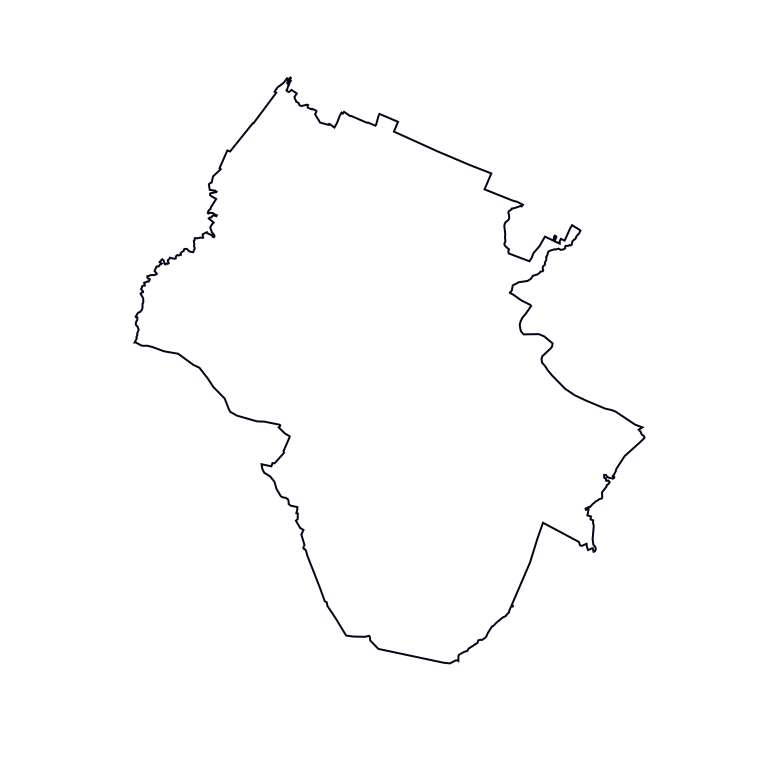 Targu Trotus, Bacau, Romania (Equal Earth projection), rotated 204°
{"feature_id": "2599482B41851709031441", "entity_name": "Targu Trotus", "entity_type": "district", "adm_level": 2, "iso_a3": "ROU", "parent_name": "Romania", "parent_adm1": "Bacau", "projection": "equal_earth", "projection_center": [26.691, 46.277], "detail": "fine", "context": "isolated", "style": "outline", "palette": "ink", "viewbox_px": 768, "rotation_deg": 204, "n_neighbors": 0, "source": "geoboundaries", "source_scale": "gbopen_adm2", "svg_char_len": 6166}
<svg xmlns="http://www.w3.org/2000/svg" viewBox="0 0 768 768"><g transform="rotate(204 384 384)"><path d="M596.1,623.8L596.9,623.9L597.1,623.4L597.8,619.6L598.6,617.4L601.7,612.1L602.1,610.9L602.8,606.5L600.9,606.2L609.3,569.0L609.9,568.9L619.2,533.8L622.1,533.6L622.0,514.2L620.5,513.8L624.6,504.2L623.4,498.0L624.6,496.7L625.2,495.2L622.2,490.5L617.0,491.9L615.1,491.6L615.2,491.1L620.1,487.7L620.2,486.8L619.8,486.0L618.9,485.5L612.6,484.8L613.9,475.4L614.0,474.4L613.6,473.4L614.4,472.0L614.8,470.3L614.5,468.5L613.8,468.3L612.6,469.6L610.1,470.6L607.2,470.0L605.3,470.1L605.4,469.1L608.1,468.8L608.8,468.2L609.3,467.3L609.5,466.0L611.0,465.1L611.4,463.9L605.2,462.2L606.0,460.2L606.5,456.4L602.9,452.6L599.8,451.1L599.1,450.3L598.9,449.5L599.2,448.9L600.1,448.8L601.8,449.9L606.0,449.9L607.1,450.0L607.6,450.6L610.4,447.2L610.4,446.4L608.7,444.3L608.9,443.7L611.3,443.1L613.8,441.1L615.9,440.6L616.1,440.0L615.5,438.6L615.9,437.3L614.0,434.2L613.6,432.7L612.1,431.0L611.9,426.8L615.6,425.9L619.1,427.2L621.2,426.2L621.4,425.7L621.1,424.0L622.0,423.0L623.0,420.8L622.9,420.2L622.1,419.4L623.9,417.9L625.3,417.7L625.9,416.4L625.9,415.5L625.3,414.1L625.6,413.7L626.9,413.0L631.0,412.3L630.9,411.1L631.7,409.6L631.7,408.7L629.8,406.8L630.5,405.8L631.7,405.6L632.1,404.4L633.0,404.4L635.8,407.3L637.4,407.7L638.6,404.1L636.0,403.6L637.2,402.0L637.7,399.7L639.5,398.9L639.6,393.9L636.9,392.7L636.3,391.9L638.1,390.1L641.8,388.4L643.2,386.3L644.0,386.2L643.7,385.3L642.7,384.4L640.6,384.5L640.4,383.7L640.6,381.9L641.8,381.4L644.3,378.9L642.8,377.3L642.6,376.5L644.1,375.9L644.7,374.8L644.7,374.2L644.3,373.7L644.6,371.9L641.7,370.5L641.5,369.9L642.5,369.1L643.1,367.5L638.9,364.4L637.1,360.7L637.2,359.0L635.6,355.4L635.4,352.9L636.0,350.9L637.5,349.1L637.8,348.1L638.3,344.5L637.8,344.2L636.6,344.6L636.1,344.1L635.5,342.1L635.7,339.5L635.2,337.8L634.1,336.7L632.6,336.3L630.2,333.8L630.0,329.6L629.2,328.3L629.3,326.3L628.4,325.1L628.7,320.5L627.8,321.0L621.7,320.5L619.9,320.8L615.7,322.7L610.5,323.6L598.3,324.4L584.4,327.9L565.7,323.9L559.3,323.8L547.1,317.3L538.8,311.9L523.6,305.9L515.1,297.5L513.0,296.0L505.4,295.3L487.6,297.8L484.5,298.3L478.2,300.9L463.0,304.3L462.0,304.1L461.8,303.5L462.5,301.5L454.4,298.5L448.9,297.9L448.6,296.7L448.5,281.8L447.3,280.6L451.7,267.0L453.7,266.4L453.4,263.0L463.2,260.9L460.5,256.8L457.3,254.2L450.2,253.2L444.4,250.2L439.5,244.4L432.6,239.5L430.7,239.3L427.1,240.0L424.9,239.6L423.6,238.4L422.3,235.6L419.8,234.9L413.1,236.3L412.2,234.2L411.5,230.3L410.1,230.7L407.9,225.4L408.9,223.3L402.1,218.4L398.2,217.9L398.3,212.9L391.1,204.5L391.2,201.6L390.0,200.7L389.2,200.9L387.5,200.0L384.4,196.2L359.3,171.4L349.7,161.4L347.6,161.3L345.4,158.2L332.6,150.1L316.3,138.8L309.3,140.8L298.6,145.3L295.2,147.9L294.1,147.3L292.3,144.1L281.4,139.7L216.2,153.6L210.1,155.6L206.1,160.6L204.9,161.3L203.4,161.2L205.3,165.7L205.4,167.0L202.0,171.7L199.3,174.1L199.0,176.8L193.2,185.7L193.7,188.0L192.0,189.5L190.4,190.0L188.5,192.9L187.8,195.0L187.9,198.5L186.8,206.3L185.7,207.5L184.2,211.8L180.5,219.1L178.5,221.3L177.8,224.1L176.9,226.4L177.4,228.0L177.4,232.2L175.8,233.2L176.3,234.0L177.4,234.2L178.0,280.4L181.0,305.6L182.3,321.9L141.7,319.0L139.3,316.3L137.3,316.7L134.0,320.4L132.4,317.8L130.0,315.3L126.7,319.0L124.3,316.0L123.3,317.0L123.3,319.3L124.9,321.2L127.4,322.4L130.3,327.1L134.7,339.8L136.5,342.0L137.4,344.5L139.8,344.3L140.4,344.6L141.0,347.2L144.7,346.7L146.2,352.9L148.4,351.2L149.2,352.1L146.4,355.5L145.7,355.6L144.6,359.0L142.6,363.3L141.3,364.6L140.5,366.4L138.5,368.0L138.5,369.2L140.8,373.7L139.0,380.8L139.4,382.2L138.3,383.8L137.9,386.1L139.7,387.0L141.3,386.0L141.9,386.2L142.7,388.1L143.9,387.7L144.9,388.1L145.9,390.5L144.2,391.1L142.2,390.0L140.0,389.9L136.3,390.7L135.6,391.9L135.8,392.7L137.5,392.7L137.5,393.4L137.0,394.9L136.8,398.6L137.2,400.3L137.0,402.3L134.8,416.1L126.1,435.6L124.1,440.8L125.1,442.0L128.1,442.8L130.1,444.7L132.7,445.9L130.3,449.5L137.9,449.0L161.3,453.0L165.8,452.7L171.7,451.5L192.1,451.0L205.3,451.3L216.6,453.3L233.8,460.1L240.1,463.2L244.3,466.0L248.3,467.8L250.3,470.9L250.7,473.7L246.2,484.3L245.7,486.5L246.5,489.7L257.2,492.7L262.9,492.5L276.7,486.1L279.8,487.6L281.4,489.1L284.1,493.3L284.7,497.0L284.5,501.0L283.1,505.7L281.3,515.1L282.5,515.8L292.3,516.2L302.3,518.2L305.8,518.4L306.2,518.7L305.7,519.4L305.3,521.6L306.5,526.6L303.2,530.4L302.6,531.6L294.8,536.5L292.6,539.8L292.0,543.4L288.5,546.4L287.1,548.7L286.9,550.2L284.9,551.5L284.7,552.4L286.2,554.4L286.4,555.2L286.5,556.3L285.6,558.1L285.6,559.0L286.4,560.2L286.2,563.1L287.0,565.6L287.5,565.8L287.2,568.1L287.8,571.6L286.6,573.3L283.0,576.4L281.5,576.9L279.6,578.7L277.1,578.4L274.6,580.1L273.7,581.6L274.4,583.3L274.3,584.0L271.8,585.2L271.1,586.4L269.7,586.6L269.2,587.9L269.9,591.0L268.9,593.5L268.2,594.1L268.2,597.4L267.0,601.0L267.0,604.2L276.8,605.6L276.8,604.1L277.2,603.3L277.3,588.5L281.5,588.5L281.5,585.6L280.6,583.8L286.0,583.7L286.4,586.5L286.3,588.5L287.1,589.0L288.3,589.0L288.5,588.0L287.6,583.9L296.9,584.1L298.0,573.2L300.7,564.3L300.4,559.1L301.0,555.3L323.1,554.0L324.3,555.5L324.6,557.8L329.3,559.3L330.5,560.1L331.1,561.2L331.1,563.6L333.3,567.6L334.3,570.5L338.3,577.1L338.9,579.6L338.7,581.4L337.2,584.2L337.0,585.6L337.2,586.8L338.6,589.3L340.2,591.2L340.2,592.8L338.4,595.4L338.8,596.1L336.3,597.8L331.6,602.2L330.5,602.2L329.9,604.2L336.4,604.6L340.8,603.9L371.3,602.7L371.6,620.0L395.0,618.9L429.1,618.3L477.6,618.6L477.8,629.2L498.0,628.9L498.0,626.3L496.7,617.8L496.9,616.5L505.1,616.3L505.7,615.7L523.2,615.5L524.0,615.0L531.2,616.4L531.7,614.2L533.2,614.6L533.5,610.8L533.1,603.2L533.6,598.1L539.5,599.4L539.9,599.3L540.0,598.2L548.6,596.8L556.7,602.4L556.5,605.2L556.7,605.8L557.6,606.2L561.7,606.1L561.8,605.6L563.3,605.4L566.1,605.5L567.0,607.0L566.8,607.9L567.9,607.9L572.4,604.4L574.6,604.3L576.2,605.9L579.3,606.3L579.9,607.3L581.1,608.0L582.6,609.8L581.8,614.0L588.1,615.0L589.3,612.4L589.9,612.0L592.0,612.2L592.6,612.7L592.3,613.8L592.7,617.2L592.4,618.6L592.9,620.1L592.5,622.8L592.9,622.7L593.4,621.5L594.2,619.1L594.5,619.2L594.9,619.8L593.5,624.0L593.5,625.6L594.1,625.9L595.6,622.6L596.1,623.8Z" fill="none" stroke="#020617" stroke-width="2"/></g></svg>